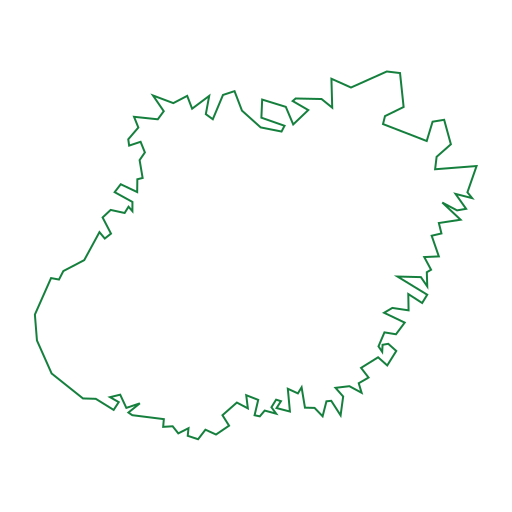 Campina da Lagoa, Paraná, Brazil, rotated 179°
{"feature_id": "56859067B30898784628481", "entity_name": "Campina da Lagoa", "entity_type": "district", "adm_level": 2, "iso_a3": "BRA", "parent_name": "Brazil", "parent_adm1": "Paraná", "projection": "mercator", "projection_center": [-52.806, -24.618], "detail": "medium", "context": "isolated", "style": "outline", "palette": "green", "viewbox_px": 512, "rotation_deg": 179, "n_neighbors": 0, "source": "geoboundaries", "source_scale": "gbopen_adm2", "svg_char_len": 1923}
<svg xmlns="http://www.w3.org/2000/svg" viewBox="0 0 512 512"><g transform="rotate(179 256 256)"><path d="M356.2,418.3L345.7,402.4L351.8,394.4L375.5,397.3L371.4,386.5L381.7,374.9L380.9,368.6L369.4,372.2L365.3,361.5L370.7,353.9L368.0,336.0L373.3,334.8L373.7,322.0L390.0,330.1L396.2,322.3L378.6,312.2L378.8,303.0L382.6,307.5L386.6,301.3L400.5,304.6L408.7,297.2L400.6,280.9L406.9,276.1L412.1,282.6L427.8,254.9L448.9,244.3L453.4,235.9L461.3,237.5L478.1,201.3L476.5,175.4L462.4,142.1L431.5,116.6L418.7,116.0L401.0,104.6L395.8,112.3L404.4,117.4L394.2,119.7L388.3,106.4L374.7,110.7L386.3,101.7L382.5,99.0L351.0,94.5L351.8,86.8L342.3,87.2L336.8,80.0L326.5,85.0L327.4,77.4L317.1,73.8L309.6,83.2L299.1,78.2L285.9,86.8L292.3,97.4L277.7,109.8L266.8,103.8L268.2,117.0L256.3,112.1L260.2,96.8L255.0,95.6L250.0,101.3L238.6,98.0L243.2,104.5L238.4,112.0L233.6,110.4L238.1,103.6L224.8,99.9L226.5,122.7L216.5,117.9L212.7,123.9L209.7,103.5L200.1,103.1L192.2,94.6L188.1,109.5L183.3,109.9L174.2,95.2L171.3,114.0L178.8,122.8L164.9,124.2L152.8,117.4L155.5,127.0L145.6,132.5L152.9,142.3L135.7,152.6L126.7,144.3L117.4,158.6L125.3,165.9L131.0,165.0L131.5,158.0L135.1,163.5L128.9,177.4L117.4,175.3L108.5,186.8L128.9,197.0L120.6,201.7L104.4,199.0L104.4,215.3L90.7,206.1L85.5,214.3L114.9,233.0L91.5,232.0L85.3,222.6L85.5,236.8L81.2,239.2L87.8,252.0L73.2,252.4L80.0,273.2L70.2,275.3L72.6,285.8L50.8,288.7L68.8,306.2L54.2,298.1L45.1,299.5L55.4,314.6L38.9,310.1L43.5,316.0L33.9,342.1L75.4,339.6L73.7,352.0L59.2,364.3L65.5,388.9L77.1,387.2L83.3,368.0L126.7,385.7L124.6,393.6L105.8,402.4L108.8,436.4L122.0,438.2L158.1,422.8L177.5,431.9L177.2,403.0L187.7,411.8L213.6,412.8L216.6,410.3L201.2,401.0L216.5,386.9L223.6,404.6L247.1,412.3L248.2,394.2L225.2,385.7L228.3,380.0L249.1,384.5L267.5,401.6L274.6,421.2L286.2,417.6L296.8,393.5L303.7,398.7L300.0,416.9L317.3,404.4L322.0,417.3L336.0,410.3L356.2,418.3Z" fill="none" stroke="#15803d" stroke-width="2"/></g></svg>